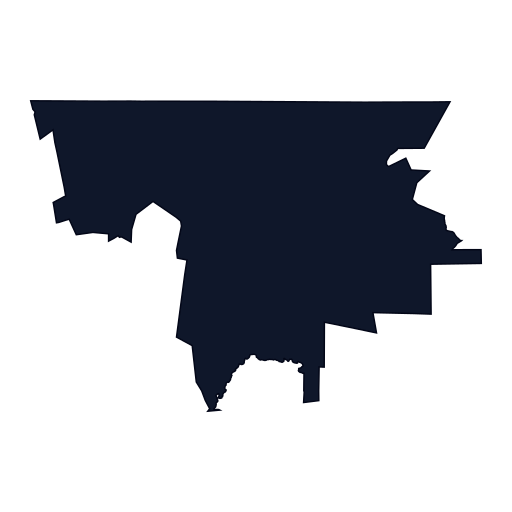 Agua Prieta, Sonora, Mexico (orthographic projection)
{"feature_id": "50627088B23353633303984", "entity_name": "Agua Prieta", "entity_type": "district", "adm_level": 2, "iso_a3": "MEX", "parent_name": "Mexico", "parent_adm1": "Sonora", "projection": "orthographic", "projection_center": [-109.212, 31.022], "detail": "fine", "context": "isolated", "style": "filled", "palette": "ink", "viewbox_px": 512, "rotation_deg": 0, "n_neighbors": 0, "source": "geoboundaries", "source_scale": "gbopen_adm2", "svg_char_len": 5777}
<svg xmlns="http://www.w3.org/2000/svg" viewBox="0 0 512 512"><path d="M450.0,101.8L431.2,102.0L418.5,102.0L385.4,102.1L364.9,102.2L281.9,101.7L214.5,101.3L145.7,101.2L144.0,101.3L130.6,101.1L103.1,101.2L30.7,100.8L32.9,109.3L35.1,111.8L34.3,114.8L40.2,139.1L53.0,129.8L54.9,142.6L57.0,152.1L64.2,187.2L65.7,196.1L64.1,196.7L53.2,202.5L53.7,205.2L56.5,222.8L58.8,222.4L66.0,220.1L69.2,219.2L76.3,234.7L92.9,232.4L108.6,233.8L108.6,241.1L113.9,238.3L118.2,235.6L119.4,237.3L121.0,236.9L122.0,237.1L131.1,242.1L131.6,229.5L136.0,214.3L153.0,201.4L176.1,217.2L180.7,221.1L181.5,226.0L178.0,242.9L176.5,250.4L177.4,258.1L187.0,260.0L184.7,274.9L176.5,337.1L192.2,345.6L196.3,382.0L201.7,390.8L205.3,400.4L209.7,408.7L207.8,411.2L219.8,410.1L218.8,409.6L218.1,409.5L216.5,409.5L215.8,409.7L213.9,409.2L214.1,408.6L214.4,408.3L214.9,407.7L215.2,407.3L215.5,407.1L215.6,406.8L215.6,406.5L216.0,405.9L216.0,405.7L216.0,404.9L216.2,404.5L216.0,403.5L216.0,403.4L216.2,403.1L216.3,402.6L216.5,402.5L216.9,402.1L217.2,402.0L217.4,401.7L217.7,401.4L217.8,400.2L217.5,399.8L217.4,399.6L217.2,399.3L217.3,399.0L217.3,398.8L216.9,397.6L216.5,396.9L216.1,396.1L216.1,395.8L216.0,395.4L216.3,395.1L216.5,395.0L216.6,394.8L216.9,394.5L217.0,394.5L217.3,394.2L217.8,393.7L218.0,393.7L218.1,393.9L218.6,393.7L218.6,393.8L218.7,394.2L218.9,394.4L219.2,395.5L219.0,395.8L218.9,396.1L218.6,396.8L218.4,397.2L218.4,397.5L218.5,397.8L219.0,398.2L219.9,398.3L220.4,398.3L221.0,398.2L221.8,397.8L221.9,397.4L222.0,397.2L222.3,396.4L222.6,396.4L222.7,395.1L222.9,395.0L222.8,394.5L222.8,394.2L222.9,393.9L223.3,393.4L223.9,392.7L224.3,392.2L224.5,392.2L224.8,392.1L225.0,392.1L225.2,391.9L225.8,391.1L226.1,390.3L226.1,390.0L226.0,389.8L224.9,388.9L224.8,388.7L224.6,388.0L224.6,387.7L224.8,387.4L224.6,387.3L224.8,386.8L225.5,385.6L225.8,385.4L225.9,385.2L226.0,385.1L226.1,384.8L226.0,384.4L226.0,383.9L226.3,383.0L226.4,382.8L226.6,382.7L227.3,382.3L227.5,382.1L227.8,382.1L228.5,382.3L228.7,382.2L229.1,381.8L229.6,381.0L230.4,379.9L230.5,379.6L230.5,379.3L230.5,378.9L230.9,377.7L231.2,377.4L231.2,376.8L231.4,376.4L231.5,376.1L231.8,375.7L231.9,375.3L231.5,374.9L231.3,374.7L231.3,374.4L231.5,373.8L231.6,373.4L232.1,372.9L233.0,372.2L233.3,371.9L233.6,371.7L233.9,371.7L234.5,371.4L235.1,371.0L235.4,370.6L235.7,370.0L235.7,369.9L235.4,369.7L235.4,369.4L235.5,369.2L236.2,368.5L236.7,368.3L237.0,368.1L237.2,367.6L237.6,367.2L238.0,367.1L238.3,366.8L238.4,366.2L238.5,365.8L238.7,365.2L239.0,364.8L239.1,364.7L239.1,364.4L239.1,364.1L239.5,363.9L239.8,363.9L240.4,364.1L241.0,364.4L241.8,364.5L242.1,364.4L242.6,364.3L243.1,364.0L243.5,363.8L243.7,363.6L244.1,362.8L244.2,362.5L244.2,361.4L244.6,360.3L244.6,360.0L244.7,359.7L244.7,359.2L244.9,359.0L245.0,359.0L245.3,358.8L245.3,358.4L245.5,358.3L246.0,358.6L246.4,358.9L246.7,359.0L247.0,359.0L247.3,358.9L247.5,358.8L248.5,358.0L249.3,357.1L249.7,356.0L249.7,355.5L249.8,355.2L250.2,354.9L250.4,354.7L250.9,354.6L251.5,354.5L251.9,354.5L252.7,354.4L253.3,354.3L253.9,354.3L254.5,354.3L255.7,354.8L256.0,355.1L256.4,355.8L256.4,356.3L256.3,356.8L256.5,357.2L257.4,357.7L258.0,358.4L258.2,358.7L258.7,359.0L259.2,359.5L259.9,359.8L260.6,360.0L261.3,359.7L262.0,359.7L264.4,360.4L265.2,360.4L266.2,360.2L266.7,359.9L267.3,359.6L268.5,359.6L269.1,359.3L269.7,359.3L270.1,359.4L272.3,359.5L273.6,359.9L274.0,359.7L274.8,359.4L275.2,359.4L275.7,359.6L275.9,359.8L276.2,360.1L277.3,360.4L277.6,360.4L277.8,360.4L278.2,360.6L278.5,360.8L278.9,361.1L279.0,361.2L279.1,361.5L279.4,361.6L280.3,361.6L281.0,362.0L281.8,362.2L282.3,362.2L282.6,362.1L283.0,361.8L283.4,361.5L283.7,361.4L283.7,361.2L283.7,360.7L284.0,360.3L284.1,359.8L284.0,359.3L283.8,358.8L283.8,358.6L284.1,358.4L284.3,358.4L284.6,358.5L285.1,359.1L285.9,359.6L286.5,359.8L287.1,360.2L287.3,360.4L287.5,360.7L287.9,361.2L288.1,361.3L288.4,361.2L288.7,361.1L289.0,360.5L289.2,360.1L289.5,359.7L289.8,359.2L290.0,359.2L290.2,359.3L290.6,359.3L291.4,359.2L291.6,359.2L292.0,359.8L292.3,360.0L292.2,360.6L292.4,361.2L292.8,361.9L293.1,362.1L294.2,362.7L296.5,363.2L297.3,363.1L297.5,363.0L297.5,362.9L297.5,362.3L297.5,362.0L298.1,361.5L298.2,361.4L298.4,361.5L298.9,362.0L299.2,362.1L299.8,362.3L300.2,362.3L300.6,362.5L301.1,362.9L301.8,363.2L302.3,363.7L302.5,364.0L302.6,364.5L302.9,365.1L303.1,365.3L303.1,365.5L302.8,366.1L302.1,366.7L301.7,366.9L301.4,367.4L301.1,367.7L300.4,368.0L299.2,368.4L298.8,368.4L298.7,368.6L298.7,370.1L298.5,370.3L298.4,370.6L298.5,370.8L298.7,371.1L298.7,371.3L298.9,371.5L299.0,371.5L300.1,372.4L300.4,372.4L300.8,372.3L301.4,372.6L302.3,372.9L302.7,373.2L303.2,373.4L304.0,373.3L303.8,390.8L304.2,391.9L303.6,402.5L318.8,400.6L318.7,390.8L319.1,366.9L324.2,367.1L324.4,322.2L347.1,326.8L376.5,332.9L372.9,312.6L413.8,313.5L431.1,314.1L430.6,264.2L481.3,263.4L481.1,254.2L481.0,249.7L470.7,249.7L464.7,249.7L452.1,249.8L453.1,248.3L453.5,247.9L454.2,247.4L455.7,245.7L457.2,243.3L457.3,243.2L457.9,242.9L458.6,242.5L459.9,241.7L460.7,241.2L461.0,241.0L461.3,240.9L461.6,240.6L461.2,240.6L460.7,240.5L459.6,239.9L458.5,238.6L458.0,238.2L457.2,237.7L455.4,235.5L454.7,234.3L454.2,233.4L453.8,232.8L452.8,232.0L452.0,231.6L451.4,231.6L450.2,231.4L447.2,230.7L446.9,230.5L446.5,230.2L446.2,230.1L445.9,229.5L446.0,229.2L446.0,228.1L446.2,227.7L446.0,226.0L445.8,225.4L445.7,225.2L445.4,225.0L444.8,223.3L444.8,222.8L444.9,222.2L444.7,221.9L444.6,221.4L444.4,220.8L444.6,220.5L444.4,219.7L444.3,219.4L444.2,218.4L444.3,217.0L444.4,216.4L444.5,215.8L417.6,204.5L412.3,199.5L416.8,182.7L429.5,171.0L411.1,170.0L405.8,158.2L389.0,166.4L388.7,166.4L387.9,166.1L386.9,165.1L386.5,164.5L386.4,163.7L386.5,161.0L389.9,155.1L390.1,155.0L391.9,153.9L392.9,153.2L396.9,150.0L397.7,148.4L424.2,148.2L450.0,101.8Z" fill="#0f172a" stroke="#020617" stroke-width="1.5"/></svg>